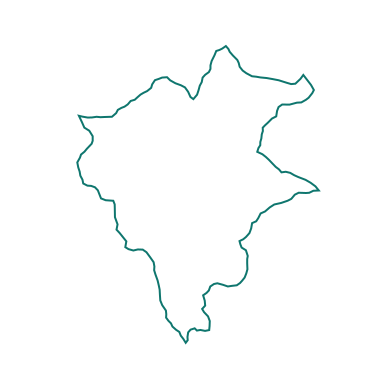 outline of Macedônia, São Paulo, Brazil, rotated 100°
{"feature_id": "56859067B48877061446759", "entity_name": "Macedônia", "entity_type": "district", "adm_level": 2, "iso_a3": "BRA", "parent_name": "Brazil", "parent_adm1": "São Paulo", "projection": "mercator", "projection_center": [-50.18, -20.097], "detail": "fine", "context": "isolated", "style": "outline", "palette": "teal", "viewbox_px": 384, "rotation_deg": 100, "n_neighbors": 0, "source": "geoboundaries", "source_scale": "gbopen_adm2", "svg_char_len": 2729}
<svg xmlns="http://www.w3.org/2000/svg" viewBox="0 0 384 384"><g transform="rotate(100 192 192)"><path d="M252.5,125.3L248.4,126.0L245.3,126.0L240.0,128.8L238.1,133.5L235.1,135.3L232.1,136.7L229.6,133.3L226.9,131.0L222.5,128.3L217.6,127.4L212.2,127.4L209.7,123.7L206.2,122.2L201.2,120.7L198.5,116.7L193.7,112.8L190.0,108.8L187.3,102.3L184.0,96.3L181.5,93.0L176.8,90.3L174.2,86.8L173.2,79.6L172.4,76.4L169.7,72.7L168.5,67.4L165.0,71.4L162.3,76.8L160.3,82.3L158.8,90.0L157.7,94.3L156.1,98.6L155.8,103.2L157.1,107.3L154.6,110.3L152.7,114.0L150.0,117.7L146.9,121.9L144.7,125.3L142.6,129.2L141.1,134.7L137.2,134.2L134.1,132.9L130.9,133.4L127.2,133.0L123.1,133.3L119.7,132.8L116.4,133.5L113.7,131.7L110.7,129.4L105.8,126.0L102.9,122.2L97.4,122.3L93.3,121.5L90.2,118.4L89.0,111.1L85.8,104.2L84.8,99.9L81.4,95.8L78.9,93.5L73.7,90.7L70.4,89.7L65.9,93.4L57.4,102.7L61.7,104.8L67.4,109.0L68.5,113.1L68.0,117.6L66.9,126.0L66.8,132.2L66.8,138.2L67.3,144.6L67.3,148.7L67.6,153.0L65.6,159.1L63.6,163.2L60.4,166.8L56.8,168.4L54.1,170.3L50.5,175.4L47.4,179.2L44.8,181.0L42.4,184.0L45.5,187.1L47.4,189.7L48.9,192.6L53.5,193.6L59.6,195.4L64.0,195.8L67.6,195.2L71.0,196.2L74.3,199.4L77.5,201.4L82.1,201.5L86.0,202.8L90.4,203.2L95.3,203.9L100.3,206.8L98.7,210.0L94.0,213.2L90.2,217.1L88.8,221.5L87.8,227.2L85.8,232.9L83.3,236.5L84.5,241.3L86.3,244.2L88.3,247.9L92.9,249.9L96.5,250.3L100.4,253.7L102.7,256.9L105.0,259.6L108.1,262.1L111.1,264.4L113.0,268.2L116.9,270.5L119.7,273.3L121.4,276.1L124.0,279.3L127.5,280.4L131.8,283.9L133.4,291.5L134.2,295.0L134.5,299.0L136.0,303.6L136.8,307.8L136.8,313.1L136.6,316.6L142.5,312.4L147.3,309.2L149.5,303.8L154.3,299.5L158.8,298.7L161.9,299.2L167.8,303.1L171.0,304.9L174.4,307.8L177.6,308.3L182.8,310.1L187.5,308.3L191.4,306.2L195.3,304.8L198.9,302.0L202.5,300.6L203.9,296.1L203.5,292.4L204.2,288.4L206.7,285.0L214.1,280.5L215.1,275.6L214.3,268.0L217.6,266.0L221.5,265.2L230.2,263.5L236.8,259.7L242.2,259.8L244.9,256.2L252.0,248.1L257.9,248.1L259.3,244.6L259.8,239.6L258.0,235.4L257.3,230.5L259.2,226.4L263.6,221.8L267.8,217.6L271.9,216.1L275.6,215.7L279.5,213.7L285.1,210.5L290.0,208.4L293.8,206.9L299.4,205.6L304.3,204.4L308.6,201.7L313.3,197.1L316.8,196.1L320.2,195.7L322.9,192.9L325.0,189.9L327.9,187.9L330.5,183.7L332.0,180.2L335.4,178.1L338.1,175.1L341.6,172.0L338.7,170.5L335.5,171.3L330.9,171.4L327.8,169.5L325.8,165.7L327.6,163.1L326.4,159.8L326.5,155.0L325.0,151.1L321.0,151.4L316.0,152.1L311.7,154.6L308.2,159.3L305.4,161.7L301.6,159.3L296.8,160.6L291.8,163.1L288.8,160.1L286.0,158.3L281.9,157.6L278.8,154.4L277.5,151.2L278.0,145.5L278.8,140.3L277.5,136.4L276.1,131.7L273.3,128.9L270.6,127.2L267.1,125.3L262.8,124.4L258.5,124.0L252.5,125.3Z" fill="none" stroke="#0f766e" stroke-width="2"/></g></svg>